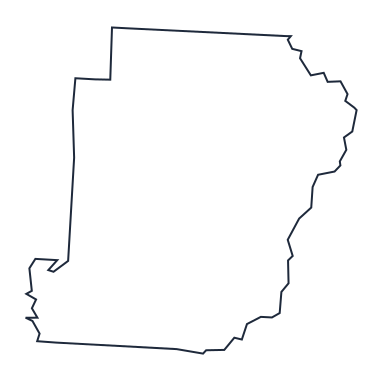 Alachua, Florida, United States of America, rotated 93°
{"feature_id": "52423323B74647916820461", "entity_name": "Alachua", "entity_type": "district", "adm_level": 2, "iso_a3": "USA", "parent_name": "United States of America", "parent_adm1": "Florida", "projection": "orthographic", "projection_center": [-82.336, 29.682], "detail": "fine", "context": "isolated", "style": "outline", "palette": "slate", "viewbox_px": 384, "rotation_deg": 93, "n_neighbors": 0, "source": "geoboundaries", "source_scale": "gbopen_adm2", "svg_char_len": 875}
<svg xmlns="http://www.w3.org/2000/svg" viewBox="0 0 384 384"><g transform="rotate(93 192 192)"><path d="M31.2,101.5L31.4,106.6L31.9,262.8L31.9,280.5L84.1,279.5L84.6,295.0L84.5,314.4L116.5,315.5L163.9,311.5L267.3,312.1L278.9,326.1L277.5,331.4L267.1,323.0L267.0,344.9L276.7,350.4L299.1,346.8L302.4,352.1L307.5,342.1L316.5,345.8L325.6,339.8L326.3,351.6L329.1,344.6L341.4,336.8L349.1,338.8L349.5,319.7L349.7,199.1L352.8,172.5L349.3,169.6L348.0,151.5L335.3,142.1L336.7,134.5L321.0,130.2L313.1,116.7L313.1,105.6L308.3,98.1L287.1,97.5L278.1,90.8L255.3,92.5L250.6,88.1L234.7,93.9L212.9,83.6L201.3,72.1L180.7,71.8L168.2,67.0L164.1,50.7L157.7,45.2L153.7,46.0L141.8,40.1L129.6,43.1L123.2,35.1L101.6,31.9L99.3,34.3L93.0,43.7L86.1,41.8L73.7,49.5L74.9,62.3L66.1,66.7L69.3,79.4L52.8,91.1L45.6,90.0L43.8,99.4L34.9,104.3L31.2,101.5Z" fill="none" stroke="#1e293b" stroke-width="2"/></g></svg>